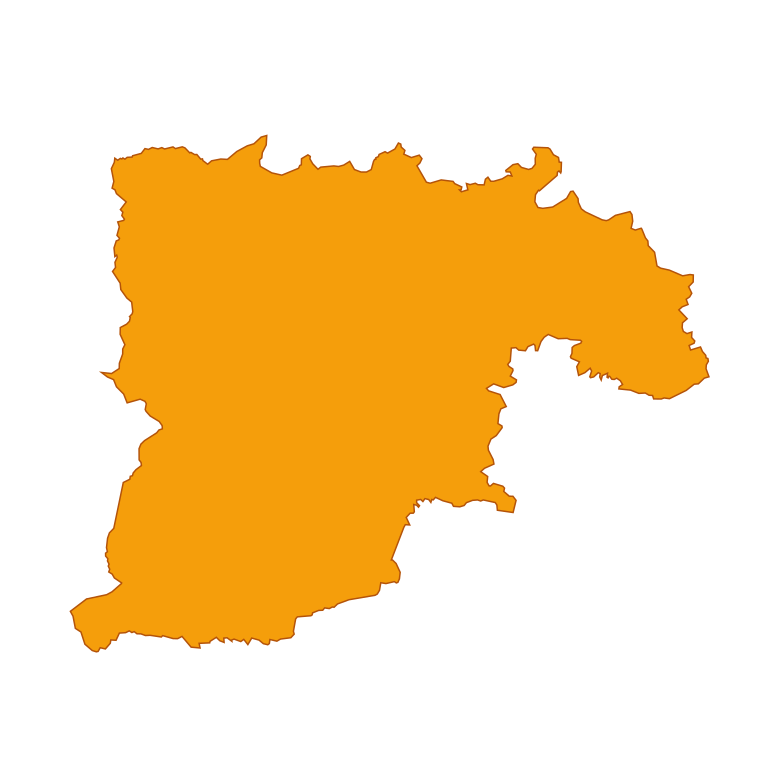 outline of San Pedro Yeloixtlahuaca, Puebla, Mexico, rotated 87°
{"feature_id": "50627088B18760877714878", "entity_name": "San Pedro Yeloixtlahuaca", "entity_type": "district", "adm_level": 2, "iso_a3": "MEX", "parent_name": "Mexico", "parent_adm1": "Puebla", "projection": "mercator", "projection_center": [-98.049, 18.052], "detail": "fine", "context": "isolated", "style": "filled", "palette": "amber", "viewbox_px": 768, "rotation_deg": 87, "n_neighbors": 0, "source": "geoboundaries", "source_scale": "gbopen_adm2", "svg_char_len": 6121}
<svg xmlns="http://www.w3.org/2000/svg" viewBox="0 0 768 768"><g transform="rotate(87 384 384)"><path d="M541.3,671.0L544.1,668.9L546.2,669.4L549.5,668.0L551.4,668.9L554.6,667.6L557.3,668.7L559.6,665.4L563.6,663.4L568.9,656.4L569.6,656.7L577.3,666.5L579.9,672.0L583.1,692.3L594.6,709.1L599.6,706.7L611.9,705.0L615.8,699.6L628.2,696.3L634.9,689.3L636.4,685.3L636.1,683.5L632.5,681.2L634.0,676.1L628.6,670.9L625.3,670.2L625.9,665.0L618.9,661.3L618.8,655.0L617.2,651.3L619.0,648.8L618.2,646.4L620.5,643.8L620.8,639.8L622.7,635.4L622.7,630.8L625.0,619.6L623.7,618.2L627.2,607.9L627.5,603.4L625.5,598.9L636.7,590.4L638.0,581.5L633.3,582.2L633.4,571.6L631.9,571.2L628.2,564.7L631.8,561.4L633.7,557.2L629.4,557.3L629.2,554.0L633.0,549.4L631.7,549.5L630.9,547.1L633.7,540.5L631.7,537.4L637.1,533.6L630.8,529.4L633.2,522.2L637.0,518.1L638.3,513.7L637.2,512.1L633.2,511.3L635.2,504.4L633.3,500.7L632.5,490.3L629.1,486.8L626.2,487.4L613.9,484.5L612.0,482.7L611.6,469.1L610.8,467.8L608.8,467.3L606.7,461.1L606.7,457.0L604.5,455.0L605.4,450.4L604.0,447.3L604.3,445.5L601.2,441.9L597.6,430.3L594.5,403.9L593.4,401.7L589.8,399.3L582.3,397.6L583.4,392.5L581.9,384.0L583.3,382.1L582.8,380.5L579.4,378.8L572.9,377.7L563.9,381.3L560.2,384.7L560.1,385.9L528.2,371.7L525.6,370.1L526.1,365.7L518.4,368.8L514.4,364.7L514.5,361.4L513.2,360.4L505.9,360.6L506.7,357.8L508.8,356.0L507.4,354.9L504.3,357.6L501.7,357.5L501.2,353.4L503.4,351.3L500.6,349.1L501.7,345.4L504.7,343.4L501.8,342.3L502.3,340.9L499.9,338.5L503.7,331.3L506.6,322.5L509.8,321.0L510.6,314.7L509.5,310.3L506.8,307.9L504.8,301.6L504.7,296.6L505.9,293.6L505.0,290.9L508.2,279.1L510.8,277.6L516.0,277.4L519.1,261.8L507.1,258.2L502.9,261.1L502.6,264.8L497.6,270.0L494.3,269.1L492.3,270.7L489.0,279.9L491.4,283.0L491.2,284.4L487.6,286.2L481.8,285.3L476.6,292.0L473.4,288.0L469.7,278.4L465.1,279.0L455.6,283.2L451.5,283.4L444.6,280.1L441.4,274.6L433.8,268.3L432.1,268.4L429.5,272.3L419.8,270.8L414.9,268.6L412.9,263.1L400.6,268.6L396.3,279.9L393.7,281.9L389.6,274.5L393.8,264.6L391.6,255.4L389.3,252.0L386.8,251.5L382.7,257.5L377.4,254.5L375.7,254.6L373.0,258.3L370.9,259.4L367.8,256.7L354.8,255.0L354.6,250.3L357.2,247.7L358.2,241.0L354.2,238.3L352.0,232.5L353.4,231.2L358.6,230.9L358.8,228.8L349.8,225.0L345.7,221.6L343.1,217.4L347.9,207.7L348.0,198.7L349.4,195.8L350.6,185.5L351.8,184.4L353.5,185.3L355.6,191.9L357.4,194.2L363.3,194.7L366.5,196.4L368.0,195.8L372.1,187.7L376.8,190.6L385.6,189.2L383.2,182.8L379.0,177.3L381.9,176.0L387.6,178.1L388.5,177.4L387.9,174.2L383.9,169.4L384.9,167.6L388.2,168.2L391.4,166.9L387.0,165.5L384.9,160.2L388.9,160.9L389.6,159.9L388.0,159.1L388.2,158.2L391.2,156.2L391.5,153.8L390.4,151.3L393.1,147.8L397.0,145.8L399.1,149.3L401.2,149.7L403.0,138.1L406.7,130.0L406.7,123.5L409.1,119.9L409.5,116.4L413.0,115.5L413.5,108.0L412.6,105.0L413.6,99.7L406.2,82.5L400.4,74.2L400.3,70.1L394.9,63.8L393.8,59.1L385.6,61.6L381.7,61.1L378.3,58.9L375.5,59.2L374.8,61.0L372.2,61.2L368.2,64.3L363.6,66.0L366.1,76.1L361.5,77.3L359.5,72.2L357.3,71.4L353.6,74.4L348.2,73.8L349.5,78.8L347.2,82.3L343.3,83.3L338.5,82.7L334.7,77.8L325.4,85.7L322.5,82.1L320.5,76.2L315.2,77.8L313.0,74.2L309.5,71.9L302.8,74.7L298.3,69.9L291.3,69.4L290.7,72.7L291.6,80.1L285.2,93.1L282.8,101.7L280.4,105.2L266.6,106.9L259.7,112.9L255.0,113.0L251.7,115.3L242.8,118.4L241.9,119.0L243.4,125.0L241.5,129.1L234.4,127.1L227.8,127.5L224.7,129.3L227.7,144.1L231.9,151.1L232.5,153.5L231.5,157.5L222.7,173.9L219.4,177.8L212.8,180.4L209.0,180.5L201.3,185.1L201.6,187.6L208.2,191.9L216.1,206.3L216.9,216.2L215.8,221.0L209.9,223.8L202.9,222.8L198.6,219.6L199.2,218.7L184.8,200.2L181.5,199.7L180.4,198.1L182.5,196.5L181.2,196.0L171.9,195.2L171.6,197.4L166.9,197.9L163.9,202.8L158.1,205.9L156.7,207.8L155.4,222.0L157.1,223.4L162.6,219.9L166.5,221.2L172.5,221.4L176.4,224.9L177.3,228.4L174.9,235.4L171.0,238.8L171.7,243.7L177.1,251.2L178.5,250.9L178.9,246.8L183.0,245.4L182.1,249.3L185.3,255.2L187.3,263.8L187.1,266.8L182.9,269.4L184.8,272.0L190.4,273.6L189.9,279.8L188.3,282.3L189.4,287.6L188.1,291.2L194.5,290.1L196.1,296.7L194.1,298.5L194.1,296.8L191.3,296.0L187.6,302.9L185.3,304.4L183.2,316.2L185.9,327.4L184.7,331.1L167.8,339.7L165.2,336.6L161.0,334.3L157.3,336.8L159.3,344.8L155.5,352.2L151.8,350.9L148.3,354.4L145.3,354.7L144.1,357.0L149.9,360.8L153.6,368.4L152.1,370.8L154.5,376.9L156.7,377.8L157.6,380.3L159.2,380.4L159.2,381.6L161.1,382.8L169.2,385.5L171.4,390.4L171.1,395.9L168.3,402.3L159.9,406.6L163.3,412.8L164.4,418.0L163.6,422.7L164.1,435.8L166.1,438.7L160.3,443.7L155.3,446.2L152.9,445.7L151.2,448.0L154.7,454.6L160.8,455.1L161.4,456.7L164.1,458.0L170.1,475.1L167.3,485.0L160.2,496.1L157.1,496.6L153.6,496.5L151.8,494.2L146.6,493.4L139.1,489.1L129.7,488.1L131.0,493.8L137.3,501.3L139.0,508.1L144.1,518.8L151.5,528.6L150.8,535.2L152.1,544.5L155.3,548.6L151.4,553.2L149.7,553.5L149.8,555.3L145.0,558.9L145.0,561.1L142.6,564.7L143.0,565.9L137.8,570.4L136.6,573.0L138.0,580.0L136.2,582.3L137.8,590.8L136.3,593.5L137.4,597.3L135.7,603.1L137.4,606.9L136.4,610.4L141.0,614.3L142.9,623.1L144.2,623.7L144.2,628.6L145.9,631.0L144.6,632.9L145.5,634.0L144.9,635.5L146.6,638.2L144.4,641.0L148.5,641.7L154.7,645.0L167.6,643.2L174.2,645.3L176.0,642.5L179.9,641.2L188.7,631.9L196.0,638.1L198.7,635.8L202.1,637.0L205.8,634.6L207.0,635.4L208.2,641.4L213.2,640.1L221.6,642.9L224.6,640.5L226.2,641.3L227.1,643.9L234.0,646.5L242.7,646.1L241.3,644.2L243.4,643.7L248.4,646.3L253.6,646.0L257.4,649.2L269.5,642.2L275.9,641.9L284.7,636.3L289.0,631.7L298.5,631.1L300.7,631.8L303.4,634.6L304.3,633.9L308.0,634.9L310.8,637.9L313.8,644.4L320.6,644.9L331.2,640.7L335.4,643.1L340.4,643.4L349.4,647.2L354.7,647.6L359.3,655.5L357.7,665.5L362.5,659.8L365.5,653.8L372.8,651.3L380.4,644.5L389.4,641.5L386.4,628.3L388.8,623.6L391.3,622.4L397.0,623.8L398.8,623.1L403.8,619.1L409.7,610.4L414.0,607.7L417.2,607.7L418.1,611.1L420.9,613.6L428.0,626.1L431.3,629.9L435.8,632.0L447.0,632.5L449.7,630.7L452.7,630.5L456.6,636.2L459.7,639.1L462.4,640.0L462.9,642.2L465.8,642.8L468.7,649.5L514.0,661.4L518.3,666.0L523.5,668.1L532.9,669.7L537.0,669.0L538.4,670.9L541.3,671.0Z" fill="#f59e0b" stroke="#b45309" stroke-width="1.5"/></g></svg>